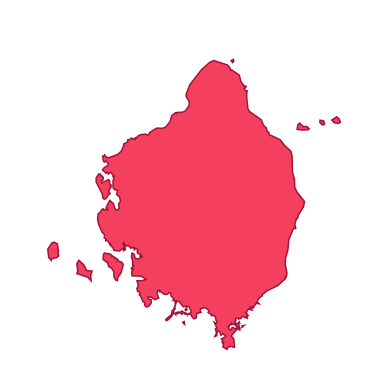 Marinduque, Marinduque, Philippines, rotated 198°
{"feature_id": "2640588B36383122170471", "entity_name": "Marinduque", "entity_type": "district", "adm_level": 2, "iso_a3": "PHL", "parent_name": "Philippines", "parent_adm1": "Marinduque", "projection": "natural_earth1", "projection_center": [122.005, 13.38], "detail": "fine", "context": "isolated", "style": "filled", "palette": "rose", "viewbox_px": 384, "rotation_deg": 198, "n_neighbors": 0, "source": "geoboundaries", "source_scale": "gbopen_adm2", "svg_char_len": 5904}
<svg xmlns="http://www.w3.org/2000/svg" viewBox="0 0 384 384"><g transform="rotate(198 192 192)"><path d="M114.7,54.1L110.0,53.2L110.0,54.8L108.1,57.1L103.6,57.4L106.8,65.1L110.2,67.3L106.7,75.7L103.9,75.5L106.5,80.5L107.8,81.4L108.9,80.7L109.3,78.5L106.7,77.7L108.4,75.6L109.7,75.1L110.8,76.1L112.2,74.9L112.2,73.2L113.4,72.6L116.2,75.0L115.0,75.5L115.3,77.2L114.1,77.8L113.9,79.2L113.1,78.1L111.2,79.9L110.0,79.0L111.6,84.9L110.9,84.1L111.1,85.5L109.2,86.3L108.3,85.5L107.5,86.8L106.6,86.6L105.6,89.3L100.4,89.0L101.3,90.4L100.4,91.9L101.6,91.9L102.2,93.5L103.5,93.5L102.2,98.1L98.8,98.3L101.1,99.4L101.3,100.4L99.3,101.5L99.2,99.9L97.9,100.8L96.7,105.8L93.7,106.4L96.0,107.6L96.1,108.8L95.2,112.2L93.0,115.0L93.5,116.2L90.1,121.2L81.4,129.6L76.3,138.6L77.1,140.8L76.1,140.7L76.6,144.1L81.0,152.1L82.6,157.8L82.9,166.4L85.2,176.6L84.3,187.8L83.1,190.1L82.4,189.3L82.1,189.8L84.3,193.0L84.4,198.6L83.4,199.9L83.8,202.7L81.4,212.2L82.1,217.7L92.1,224.4L95.6,228.0L98.4,235.6L102.7,242.2L108.0,257.3L110.6,261.4L118.5,264.9L124.1,268.9L136.5,270.5L137.2,272.3L139.7,273.3L141.0,275.9L144.6,277.5L148.3,282.0L162.4,286.4L164.6,288.6L168.6,297.4L170.7,303.3L170.5,305.2L172.6,305.0L174.1,306.1L174.5,307.4L173.5,307.4L173.1,309.2L175.6,309.2L179.8,312.5L183.1,317.7L192.0,320.4L192.7,319.7L194.4,321.9L197.6,323.8L212.0,323.7L215.1,320.9L220.6,311.7L227.2,293.6L227.8,283.0L226.7,280.7L222.6,277.1L221.5,273.4L223.3,267.3L225.7,265.0L231.3,262.8L231.3,261.9L232.2,262.3L234.9,258.5L234.6,252.3L237.1,245.8L239.4,243.6L245.4,241.8L250.3,236.0L251.6,232.0L253.8,232.8L259.2,230.3L261.2,227.8L261.3,226.2L262.2,226.3L262.3,224.6L263.0,225.4L264.9,223.9L266.3,224.7L267.4,222.7L269.3,221.8L268.6,219.9L271.8,216.6L271.3,215.5L271.8,209.3L274.1,204.9L281.3,199.2L283.9,198.5L286.6,200.3L287.1,198.6L288.1,198.5L285.6,193.8L284.7,193.3L283.2,194.9L280.4,193.2L280.2,191.2L283.1,188.0L283.9,185.3L279.4,183.3L278.8,184.5L277.1,183.3L276.0,185.4L274.9,185.3L272.5,183.8L271.8,182.1L270.7,183.0L270.5,177.8L268.3,171.5L266.8,170.4L263.3,170.4L262.8,166.1L259.6,165.1L257.2,161.3L258.1,157.8L256.1,153.8L258.0,151.4L260.0,152.1L263.1,156.7L267.6,158.7L268.9,151.0L266.0,148.3L268.6,149.1L270.2,147.7L271.3,148.5L272.3,147.7L272.8,144.9L274.5,142.4L273.5,137.1L270.8,132.4L265.0,125.9L262.0,124.4L261.4,121.4L259.5,120.7L259.1,119.4L258.8,120.1L255.9,118.7L253.9,116.7L253.5,117.5L252.5,115.7L250.2,114.7L248.1,112.3L242.5,113.6L240.8,116.5L239.6,116.3L239.5,119.3L241.4,121.3L241.4,122.7L237.8,120.1L236.2,121.5L232.7,119.6L230.6,121.3L229.6,120.2L227.9,121.4L229.4,118.4L227.9,121.3L225.7,120.0L225.7,118.0L224.1,116.6L221.7,116.8L219.5,115.1L219.5,114.7L221.5,114.3L220.2,114.1L222.6,111.4L225.9,111.6L227.3,114.5L229.6,115.6L230.3,115.0L229.5,111.4L227.5,108.8L225.7,103.8L223.7,104.1L225.5,103.3L224.7,100.4L226.4,101.5L225.7,100.2L226.4,99.9L223.9,100.0L224.7,97.9L223.2,93.7L214.1,96.3L208.7,94.7L212.7,91.9L216.9,90.6L214.1,86.4L214.6,83.0L212.7,80.4L210.9,80.7L210.1,79.8L210.4,77.9L208.9,77.4L205.1,72.8L202.7,71.8L202.1,69.7L200.0,68.5L197.9,69.7L196.5,73.6L197.5,76.8L200.7,77.0L201.4,78.7L198.3,79.4L194.0,78.1L190.9,80.9L194.2,85.1L193.8,88.4L192.3,88.4L192.1,87.1L190.1,87.4L187.2,86.1L184.5,86.6L182.3,89.3L181.2,89.3L179.6,86.5L176.4,84.9L176.6,83.3L175.8,84.1L174.6,82.9L173.5,83.4L173.8,82.4L174.4,82.8L173.1,80.1L173.2,74.6L174.3,72.9L173.7,68.8L176.5,64.7L177.1,62.4L177.6,63.6L177.6,62.7L176.8,61.9L175.6,62.4L173.2,66.9L172.0,71.5L172.7,73.6L172.0,75.6L172.9,77.8L172.8,83.6L170.2,83.7L164.8,80.1L162.2,81.8L162.0,81.0L159.3,82.0L155.8,78.0L155.9,76.7L157.6,75.1L154.9,75.1L153.6,73.3L150.8,72.0L149.0,73.7L150.0,77.9L146.2,80.4L147.6,81.7L147.7,83.7L143.5,86.2L139.2,84.4L139.4,82.3L136.0,81.5L135.2,80.3L134.2,81.2L131.4,80.9L129.5,77.4L127.9,76.5L128.2,74.5L130.7,75.0L126.3,70.3L127.5,69.0L125.1,65.6L125.7,61.7L124.0,63.1L124.8,66.0L124.3,68.1L121.9,67.2L120.3,64.7L118.9,66.8L115.5,65.5L115.4,64.7L118.6,61.3L117.1,60.4L117.1,58.7L115.7,58.8L116.1,57.5L115.1,57.0L114.7,54.1ZM237.0,84.5L235.6,84.6L236.1,88.3L234.4,93.4L235.0,101.9L237.6,103.7L239.4,103.2L241.2,104.4L241.6,103.6L241.8,104.8L243.2,105.5L244.7,104.9L244.8,105.7L248.1,106.7L248.0,107.4L248.3,106.1L250.1,107.7L256.5,106.9L256.9,105.0L255.8,100.5L252.1,99.0L251.2,99.5L247.8,95.1L245.3,94.9L243.0,93.2L241.6,91.8L239.9,87.0L237.0,84.5ZM273.2,158.0L271.4,159.6L271.0,162.4L269.4,165.3L271.6,167.2L270.5,171.8L271.2,173.7L272.4,173.8L274.1,177.6L275.5,177.8L280.6,172.7L281.9,174.6L280.4,175.9L280.9,178.5L282.7,179.5L283.2,178.8L284.6,180.8L286.2,180.4L287.5,175.8L286.3,172.0L276.6,162.3L274.9,158.7L273.2,158.0ZM260.5,76.3L262.6,81.2L262.5,85.9L267.8,84.7L272.5,89.4L278.6,92.1L279.4,88.2L276.3,81.7L276.3,78.8L264.6,78.7L260.5,76.3ZM304.8,83.4L304.9,84.9L300.3,88.0L298.9,90.3L300.4,91.5L300.5,93.9L303.9,101.0L307.5,101.7L309.6,100.2L311.5,93.0L308.1,85.5L304.8,83.4ZM112.1,288.5L111.4,284.0L106.7,284.9L100.9,287.0L100.0,288.4L103.1,289.8L106.4,288.5L111.0,290.9L112.1,288.5ZM78.1,301.8L73.6,302.6L72.5,304.3L74.7,307.0L77.7,308.2L81.3,303.6L78.1,301.8ZM88.6,296.1L86.9,297.5L88.7,300.3L92.4,299.9L91.9,297.6L88.6,296.1ZM169.4,70.2L169.5,71.1L166.0,73.6L163.8,72.6L162.6,74.6L164.5,75.8L166.6,73.8L168.4,73.5L170.8,71.2L169.4,70.2ZM193.5,327.6L192.6,329.2L193.6,330.8L195.4,329.0L193.5,327.6ZM158.2,63.9L159.4,66.4L160.5,65.4L160.2,64.8L158.2,63.9ZM238.6,116.5L237.5,116.7L238.8,119.0L238.6,116.5ZM162.2,77.8L160.7,77.8L160.4,78.8L161.6,79.5L162.2,77.8ZM222.0,114.5L220.3,114.7L219.9,114.9L221.7,116.2L221.0,115.2L222.0,114.5ZM106.9,83.1L107.2,82.1L106.2,82.2L106.9,83.1ZM160.4,73.7L159.3,74.0L159.3,74.4L160.2,74.8L160.4,73.7ZM162.2,74.7L161.5,74.3L161.6,75.2L162.2,74.7ZM102.9,78.6L102.3,79.2L102.7,79.3L102.9,78.6ZM238.6,116.2L238.8,115.2L238.4,115.5L238.6,116.2ZM158.4,74.6L158.1,74.1L158.1,74.9L158.4,74.6ZM102.1,80.7L101.5,80.7L101.2,81.2L102.1,80.7Z" fill="#f43f5e" stroke="#9f1239" stroke-width="1.5"/></g></svg>